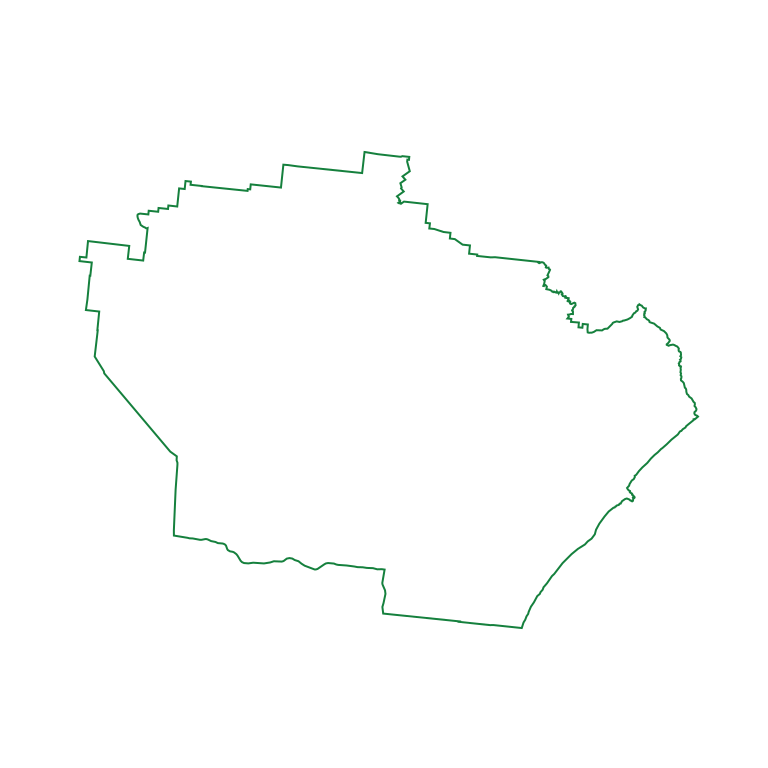 the district of Nannup, Western Australia, Australia, rotated 276°
{"feature_id": "25037944B96867361654532", "entity_name": "Nannup", "entity_type": "district", "adm_level": 2, "iso_a3": "AUS", "parent_name": "Australia", "parent_adm1": "Western Australia", "projection": "equal_earth", "projection_center": [115.67, -34.135], "detail": "fine", "context": "isolated", "style": "outline", "palette": "green", "viewbox_px": 768, "rotation_deg": 276, "n_neighbors": 0, "source": "geoboundaries", "source_scale": "gbopen_adm2", "svg_char_len": 6141}
<svg xmlns="http://www.w3.org/2000/svg" viewBox="0 0 768 768"><g transform="rotate(276 384 384)"><path d="M155.7,546.5L161.4,547.7L164.3,549.1L167.8,550.0L170.4,551.4L172.5,551.7L177.9,553.4L182.5,555.9L189.1,558.6L191.5,560.9L193.3,561.4L196.0,563.3L198.5,563.9L202.8,566.9L210.5,571.1L212.8,573.1L224.5,580.3L234.4,588.3L240.4,594.2L245.4,600.6L248.8,603.1L251.9,606.6L256.6,609.4L261.2,610.1L267.7,612.8L275.3,617.2L280.7,620.8L285.0,625.2L285.3,626.3L286.3,626.9L286.5,627.5L287.4,628.0L288.3,630.2L289.6,630.8L289.7,631.8L292.4,633.0L294.8,635.8L295.5,637.5L294.8,640.0L293.8,641.3L293.9,642.0L293.3,642.7L293.3,643.1L293.7,643.2L293.9,643.8L295.9,643.9L296.6,643.6L296.7,644.7L297.2,645.1L297.9,644.9L298.5,644.2L298.2,643.7L299.0,643.5L299.1,643.2L300.0,642.8L300.6,642.3L300.4,642.1L301.0,641.9L301.6,640.5L301.9,640.5L302.2,639.8L303.3,639.8L303.7,638.7L304.7,637.5L306.0,636.6L308.5,638.4L310.2,638.7L313.9,640.5L315.5,642.3L317.7,643.2L318.9,642.9L320.0,644.3L324.1,646.7L328.1,649.7L333.0,654.1L337.7,657.2L341.7,660.5L344.6,663.4L348.5,666.5L349.1,667.3L353.5,671.4L358.7,675.7L364.5,681.5L367.6,683.2L368.1,683.8L368.4,684.6L370.2,685.8L372.3,688.4L373.5,688.8L375.4,690.6L380.7,695.9L380.9,696.0L381.3,695.7L381.6,696.3L381.5,696.9L384.4,699.7L385.1,698.9L385.8,696.7L386.9,695.8L388.4,695.7L390.2,697.2L391.7,697.4L393.4,696.4L394.6,695.1L396.4,695.3L397.7,695.0L398.6,693.7L401.8,691.4L403.3,688.8L404.8,687.8L405.8,686.3L407.9,685.5L409.8,685.2L411.1,684.6L411.8,683.6L416.2,682.1L417.5,680.8L418.6,679.0L420.1,678.7L421.1,679.1L422.8,679.0L423.7,678.1L425.7,678.3L426.6,677.6L429.2,677.7L431.1,677.2L432.1,677.6L432.7,677.3L432.8,676.2L433.3,675.5L434.5,675.5L435.3,675.0L436.2,675.6L436.8,675.6L437.5,676.6L438.6,676.4L439.1,675.9L440.1,676.7L441.7,676.9L442.6,675.8L443.8,676.4L446.3,675.9L446.9,675.4L447.1,674.3L447.7,673.7L448.7,673.4L450.1,673.5L451.0,672.7L452.0,671.6L452.6,669.6L453.0,669.1L453.4,667.3L452.5,664.3L451.8,663.1L452.5,661.1L453.0,661.0L454.4,662.3L456.5,663.6L457.4,663.6L458.3,662.9L459.8,661.1L462.1,660.6L463.8,659.5L465.9,656.9L467.1,653.4L468.7,652.5L469.8,649.9L472.3,646.3L473.2,642.0L473.5,641.5L474.6,641.2L475.3,640.2L475.9,638.6L477.5,636.9L477.7,635.9L478.9,636.0L479.8,635.4L481.3,635.9L481.5,635.6L482.1,635.9L482.8,635.5L484.3,636.5L486.5,636.5L486.4,635.7L487.2,633.7L488.9,632.1L489.1,631.1L489.9,629.7L489.3,629.6L489.0,628.5L487.2,627.8L484.8,628.9L483.3,628.3L482.7,627.2L481.3,626.5L480.5,625.2L478.0,623.8L476.9,623.7L475.3,621.9L473.6,619.4L472.1,615.9L472.1,615.2L471.3,614.3L470.5,612.2L470.3,611.7L470.6,608.9L469.1,605.7L468.6,605.1L467.6,604.7L462.4,600.5L462.0,598.0L461.3,596.7L460.1,595.3L459.7,589.7L457.7,587.2L456.8,585.3L456.4,582.4L456.6,581.2L459.8,580.6L464.5,580.5L464.5,575.4L460.7,575.4L460.7,571.5L465.5,571.4L465.3,563.5L468.3,563.5L468.3,559.6L470.2,560.8L472.2,559.8L472.5,561.2L473.2,562.7L473.3,564.6L476.0,564.3L476.4,564.1L476.6,563.4L476.9,563.3L478.1,564.1L479.6,564.2L479.9,564.7L480.8,565.5L481.1,565.3L482.2,566.3L484.4,565.8L484.8,564.8L483.1,562.0L483.2,561.0L483.8,560.5L485.1,560.7L485.3,560.4L485.1,559.6L485.3,559.4L485.5,559.5L485.5,560.0L486.1,559.9L486.4,559.4L485.6,558.7L485.5,558.3L485.7,557.9L488.6,558.7L488.8,557.7L488.6,556.4L488.8,555.3L490.0,555.7L490.4,555.4L490.0,554.2L490.2,552.6L491.7,551.5L492.3,552.2L492.7,552.1L494.6,550.5L494.6,549.9L493.2,549.1L493.1,548.2L492.5,548.1L493.3,547.5L493.1,547.1L493.4,547.0L493.4,546.5L494.0,546.2L493.2,546.0L493.1,546.4L492.9,546.0L492.9,545.6L493.3,545.4L493.2,543.8L493.6,543.6L493.6,542.9L493.2,542.6L493.5,542.2L493.4,541.7L494.3,540.7L495.0,538.8L495.3,535.5L497.9,535.8L499.3,534.3L498.7,533.0L498.1,532.8L498.2,532.2L500.3,532.8L503.7,533.1L504.2,532.9L504.0,532.3L504.4,532.0L505.5,534.1L507.4,536.3L508.4,536.2L509.1,535.2L514.9,537.2L515.3,536.9L515.7,535.9L517.0,535.5L516.6,533.3L516.9,532.7L518.7,532.9L519.4,531.7L521.0,530.4L521.6,529.1L521.6,528.0L520.4,525.7L520.9,524.8L521.6,525.2L521.7,481.2L521.1,477.0L521.1,463.2L522.5,463.2L522.5,455.0L530.8,455.0L530.8,447.6L535.5,439.3L535.6,434.3L541.3,434.3L541.4,427.3L543.4,417.8L543.4,412.8L548.6,412.9L548.6,408.6L567.4,408.6L567.5,384.8L565.1,382.1L566.0,381.5L566.1,380.8L565.3,380.2L565.7,379.3L566.6,380.2L566.5,380.9L568.1,380.9L568.5,379.8L569.3,379.9L570.3,379.2L572.0,377.3L577.5,383.5L580.3,380.5L581.4,381.0L585.4,379.3L589.4,383.9L592.4,380.7L598.3,387.4L607.5,383.8L609.6,383.8L609.6,385.4L612.5,385.4L612.5,378.4L611.8,377.1L611.7,375.6L611.9,354.0L612.7,340.4L591.5,340.2L591.4,275.3L591.7,265.8L591.6,261.0L568.6,261.0L568.6,230.6L563.6,230.6L563.6,228.1L561.8,228.1L561.7,182.1L561.9,182.1L561.9,170.8L565.1,170.8L565.1,165.4L557.1,165.4L557.1,159.8L538.9,159.8L539.0,150.9L535.5,150.9L535.5,141.4L531.7,141.4L531.7,131.9L528.0,131.9L528.0,123.6L527.3,122.0L526.7,121.3L525.4,121.2L523.6,121.7L521.6,122.7L519.6,124.1L516.7,125.4L515.2,128.2L514.6,130.1L514.0,131.1L514.0,131.8L514.4,132.6L489.7,132.6L489.7,131.7L481.6,131.6L481.7,116.1L494.7,116.2L495.2,74.7L478.7,74.8L478.7,68.3L474.4,68.3L474.3,80.7L461.0,80.6L461.0,80.0L436.9,80.2L426.4,79.8L426.3,93.2L407.5,93.3L407.5,93.7L381.1,93.4L367.5,104.0L365.3,104.7L294.4,178.5L290.4,185.5L286.5,185.7L284.1,186.8L282.1,187.0L257.1,187.8L216.6,190.3L211.3,190.9L210.5,204.7L210.2,206.7L210.4,209.9L209.8,217.4L210.0,218.9L211.1,222.5L211.2,223.8L210.9,225.2L209.7,228.5L209.3,232.9L208.4,235.4L208.5,240.0L208.3,241.3L207.6,242.9L206.7,243.8L203.5,245.3L202.5,246.1L201.5,248.3L201.3,251.0L201.0,252.2L199.4,254.9L198.1,256.2L193.2,259.9L192.0,261.4L191.3,263.5L191.4,267.8L192.6,272.6L193.0,283.4L194.6,289.4L196.2,293.0L196.7,300.9L197.4,302.6L200.2,305.6L201.0,308.2L200.8,311.1L199.6,313.6L198.8,317.5L196.7,320.7L195.0,324.1L192.3,334.4L192.4,335.5L193.1,337.2L198.6,343.7L199.5,345.0L200.1,347.1L200.2,353.0L199.5,355.4L199.3,357.3L199.6,365.7L199.4,373.6L199.1,376.9L199.5,381.9L199.3,386.2L199.7,392.3L199.0,396.7L199.6,401.2L199.5,404.0L185.9,403.1L184.4,403.5L178.9,406.6L175.4,407.4L165.9,406.4L162.1,405.7L155.6,407.2L155.8,483.9L155.3,483.6L155.3,514.8L155.7,517.8L155.7,546.5Z" fill="none" stroke="#15803d" stroke-width="2"/></g></svg>